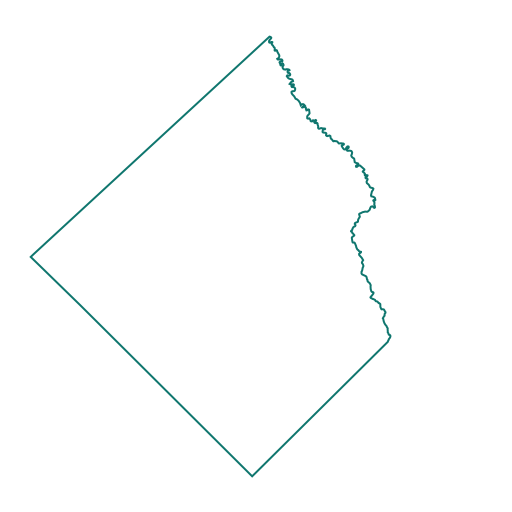 the district of Curacó, La Pampa, Argentina, rotated 226°
{"feature_id": "61730980B59721877076450", "entity_name": "Curacó", "entity_type": "district", "adm_level": 2, "iso_a3": "ARG", "parent_name": "Argentina", "parent_adm1": "La Pampa", "projection": "equal_earth", "projection_center": [-66.382, -38.255], "detail": "fine", "context": "isolated", "style": "outline", "palette": "teal", "viewbox_px": 512, "rotation_deg": 226, "n_neighbors": 0, "source": "geoboundaries", "source_scale": "gbopen_adm2", "svg_char_len": 6151}
<svg xmlns="http://www.w3.org/2000/svg" viewBox="0 0 512 512"><g transform="rotate(226 256 256)"><path d="M199.3,335.3L202.1,337.2L202.7,337.8L202.8,338.6L202.5,340.6L202.5,340.9L202.7,341.2L204.8,341.4L205.3,341.2L206.5,341.7L207.2,341.5L207.7,341.5L208.0,342.0L207.9,343.2L208.7,344.6L209.1,346.0L209.0,346.9L208.6,347.9L208.8,348.7L209.3,349.1L210.5,349.3L210.9,350.1L210.6,351.2L210.0,352.5L209.9,353.2L211.0,354.5L211.3,355.0L211.8,356.7L212.0,357.7L212.2,358.0L214.3,359.1L214.5,359.3L214.4,360.4L214.0,361.2L213.5,363.0L213.1,363.7L212.1,365.4L210.6,366.7L210.4,367.1L210.3,368.0L210.3,370.0L211.0,371.1L211.5,372.5L211.6,372.9L211.5,373.2L210.9,374.2L210.6,374.4L210.3,374.5L209.2,374.3L208.5,374.5L208.3,374.7L208.3,375.2L208.4,375.5L209.8,376.4L211.0,376.9L211.5,377.7L212.0,378.0L212.2,378.4L212.7,378.7L214.2,378.8L214.5,379.0L214.4,379.8L213.4,380.5L213.4,380.8L215.0,381.8L215.7,381.9L216.7,381.6L217.5,381.3L218.8,380.4L219.8,380.9L221.9,384.2L222.3,386.2L222.9,387.2L223.5,387.2L224.7,386.6L225.1,386.2L226.2,385.8L226.8,385.9L227.9,386.4L229.2,386.6L231.4,386.4L232.5,387.0L232.8,387.4L233.4,389.2L233.7,389.6L234.1,389.8L234.6,389.8L235.5,389.0L236.0,389.0L236.6,389.5L236.6,390.0L236.1,391.4L236.5,392.2L237.1,392.0L237.6,391.5L238.2,390.5L238.5,390.4L239.0,390.7L239.2,390.9L239.3,391.3L239.6,391.5L240.6,391.6L241.6,391.4L242.5,391.4L242.7,391.9L242.6,393.0L242.7,393.8L243.0,394.1L243.5,394.1L248.7,393.7L249.4,393.1L249.8,392.3L250.0,391.6L250.0,390.6L250.5,390.0L251.1,390.2L251.4,390.7L251.3,391.4L251.0,392.0L250.9,392.7L250.9,393.4L251.5,393.7L252.3,393.4L253.0,392.8L254.5,392.3L254.9,392.2L257.8,394.2L258.5,394.2L259.2,393.9L260.8,393.8L261.4,394.0L262.1,394.3L262.3,394.6L262.7,395.7L263.6,397.0L264.2,397.3L264.8,397.5L265.3,397.5L265.8,397.2L266.8,396.5L267.8,395.2L268.3,394.8L269.0,394.9L269.5,395.3L269.7,395.7L269.5,397.6L269.9,398.4L270.5,398.6L271.0,398.3L271.3,397.8L271.2,396.2L270.6,395.0L270.6,394.3L271.0,393.8L271.7,393.4L273.3,393.5L275.4,394.0L275.9,394.4L275.9,395.0L275.4,395.7L275.2,396.5L275.4,397.0L276.1,397.0L278.0,395.5L279.1,394.1L279.6,393.7L280.4,393.9L282.1,393.9L283.1,393.3L283.5,392.8L284.1,392.5L284.4,392.2L284.5,391.6L285.0,391.3L287.4,391.6L288.0,391.4L289.1,391.7L290.6,392.8L291.6,392.6L292.6,390.7L293.1,390.3L294.1,390.2L294.6,390.7L294.8,391.3L295.3,391.7L295.7,391.8L296.6,391.4L298.0,390.2L298.5,390.0L299.1,390.1L300.2,391.6L300.2,392.4L299.3,393.7L299.4,394.0L299.8,394.1L301.3,392.7L302.8,391.7L303.6,389.9L303.9,389.6L304.5,389.5L305.2,389.8L305.9,390.7L306.6,391.1L308.0,391.7L308.5,392.3L309.1,392.4L309.5,392.1L310.6,390.8L311.2,390.7L311.7,390.8L311.9,391.2L311.4,392.5L311.6,393.3L311.9,393.5L312.4,393.4L312.6,393.0L312.7,391.9L312.9,391.6L313.2,391.4L313.9,391.4L314.1,391.1L313.8,390.4L313.9,389.8L314.5,389.2L315.2,389.1L316.0,389.6L316.8,389.9L318.1,389.9L318.4,389.1L319.0,388.6L319.4,388.5L320.6,389.5L321.1,390.5L321.2,392.6L321.3,393.2L321.5,393.7L324.4,395.8L325.2,395.4L325.4,395.0L325.3,394.1L325.5,393.6L325.7,393.4L327.3,394.1L327.7,394.7L328.6,395.0L329.4,394.7L329.8,394.2L330.6,392.5L330.8,392.4L331.0,393.1L330.6,394.8L330.3,395.6L331.5,395.7L332.5,395.4L333.3,394.4L333.3,392.9L335.5,394.0L338.1,394.5L340.3,394.3L341.6,393.7L344.3,394.4L346.9,394.4L347.9,394.6L348.7,394.9L349.4,395.6L349.3,396.5L348.2,397.9L348.0,398.4L348.3,399.4L348.9,400.2L349.4,400.6L350.4,400.7L351.4,400.4L352.6,399.2L353.3,399.3L353.9,399.9L354.0,400.3L353.9,400.7L353.5,401.1L352.7,401.8L352.7,402.1L353.1,402.3L353.5,402.2L354.3,401.3L355.3,400.4L355.6,400.0L356.4,399.7L356.7,402.0L356.6,402.8L356.1,403.6L356.0,404.1L356.7,404.5L357.5,404.7L358.3,404.5L359.0,403.9L360.4,403.1L361.3,402.8L362.4,402.8L364.0,403.1L364.2,403.8L363.9,404.4L362.8,405.0L362.4,405.8L362.5,406.3L362.9,406.8L363.4,407.0L364.3,407.1L364.9,406.9L365.2,406.4L365.5,406.3L366.0,406.3L366.3,406.5L366.9,407.0L367.2,407.7L366.8,408.4L366.5,408.6L366.4,409.2L366.8,409.3L367.6,409.0L368.8,408.1L369.4,407.4L369.5,406.8L370.5,406.0L371.0,405.8L371.2,405.6L372.6,405.8L373.3,406.2L373.8,406.8L373.9,407.7L374.2,408.5L375.5,409.0L376.0,408.8L376.3,408.3L376.5,407.8L376.2,407.1L375.8,406.8L375.8,406.3L376.3,406.2L377.8,407.1L378.7,407.3L379.0,407.5L379.1,408.2L379.0,408.6L377.8,409.9L378.0,410.6L378.7,411.0L379.5,411.0L379.9,410.7L380.9,409.8L382.0,408.3L382.6,408.1L383.1,408.3L382.7,409.6L383.0,410.6L383.5,411.6L384.3,412.2L388.1,413.2L389.2,413.8L389.7,413.8L390.1,413.5L390.2,412.7L390.4,412.3L390.9,412.2L392.5,413.9L393.2,414.1L393.8,413.9L395.6,414.4L396.7,414.3L397.7,414.6L398.0,415.0L398.2,416.0L398.5,416.3L398.8,416.2L399.3,415.7L399.7,414.2L400.2,413.9L400.8,414.0L401.6,414.8L401.9,415.7L402.1,418.1L402.4,418.6L403.4,418.7L404.4,418.1L411.8,97.3L411.8,93.3L342.7,95.4L100.2,100.2L102.7,291.2L103.4,292.5L103.5,293.2L103.9,293.8L104.2,295.8L105.0,297.1L105.5,297.2L105.7,297.4L106.4,297.4L106.6,297.1L107.2,296.9L108.7,297.6L109.7,297.8L110.5,298.7L111.7,299.6L112.5,300.5L114.0,300.8L114.8,301.2L116.5,301.3L118.1,301.6L120.1,302.4L122.5,303.9L123.1,304.0L123.4,305.1L123.7,306.0L123.7,306.9L124.0,307.3L124.8,308.1L125.1,308.6L125.2,309.7L125.8,310.2L126.7,310.3L128.3,310.8L128.8,310.8L129.8,310.1L130.4,309.3L130.9,309.3L133.0,310.1L134.6,311.6L135.1,312.0L135.5,312.0L136.5,311.9L136.9,311.5L138.6,311.7L139.1,311.6L140.0,310.9L140.5,310.8L141.8,311.1L142.4,310.9L143.9,310.3L144.2,310.0L145.3,309.8L145.8,309.5L146.6,309.5L146.9,310.0L147.0,310.9L147.0,311.7L147.4,314.1L147.6,314.6L148.1,315.1L148.9,315.0L149.3,314.6L149.8,314.4L150.6,314.5L152.5,315.5L154.5,317.2L155.1,318.0L155.7,318.4L157.4,318.9L159.9,318.7L160.6,318.9L161.4,319.6L162.0,319.6L164.1,320.9L164.7,321.0L165.2,321.0L168.9,319.6L169.5,319.6L170.2,319.8L171.4,321.0L171.6,321.8L171.9,322.4L173.5,324.7L173.9,325.9L174.4,326.5L176.0,327.2L177.2,327.3L177.7,327.6L178.2,328.6L178.6,330.2L181.3,330.8L184.9,330.9L185.4,331.2L185.9,331.6L185.9,332.4L185.7,334.0L186.1,334.4L187.3,333.6L188.2,333.5L189.2,333.7L189.8,333.5L190.6,333.5L191.3,333.8L191.8,333.9L192.8,334.3L193.6,334.9L196.4,336.0L196.9,336.1L197.5,336.0L198.2,335.1L198.7,335.0L199.3,335.3Z" fill="none" stroke="#0f766e" stroke-width="2"/></g></svg>